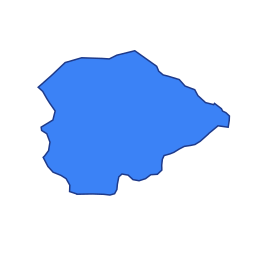 Namyangju-si, Gyeonggi, South Korea (Equal Earth projection), rotated 284°
{"feature_id": "91817680B38772026787440", "entity_name": "Namyangju-si", "entity_type": "district", "adm_level": 2, "iso_a3": "KOR", "parent_name": "South Korea", "parent_adm1": "Gyeonggi", "projection": "equal_earth", "projection_center": [127.227, 37.639], "detail": "fine", "context": "isolated", "style": "filled", "palette": "blue", "viewbox_px": 256, "rotation_deg": 284, "n_neighbors": 0, "source": "geoboundaries", "source_scale": "gbopen_adm2", "svg_char_len": 1049}
<svg xmlns="http://www.w3.org/2000/svg" viewBox="0 0 256 256"><g transform="rotate(284 128 128)"><path d="M79.0,52.8L71.3,59.6L67.0,66.0L65.8,74.4L63.9,80.2L58.4,85.4L52.2,86.7L51.6,94.4L51.4,94.5L55.4,109.4L57.8,120.5L58.6,126.7L61.0,130.9L65.7,132.1L70.8,131.3L78.4,130.9L81.9,133.3L82.3,139.5L79.1,145.3L79.5,151.5L83.1,157.3L88.2,161.4L90.2,167.7L95.3,171.0L98.0,170.3L98.6,170.1L100.1,169.7L106.0,168.9L110.0,169.7L113.1,175.1L115.5,178.4L120.2,183.0L123.8,187.1L126.2,192.9L128.2,197.0L132.5,201.2L137.3,204.5L141.6,207.4L142.4,207.8L146.3,210.7L151.9,214.8L153.0,225.0L159.8,224.4L164.2,223.5L166.5,219.4L167.3,215.7L169.3,214.0L172.8,206.0L171.4,205.5L171.4,197.1L176.3,188.0L181.3,183.5L182.5,173.2L187.4,166.0L188.0,153.8L188.0,149.3L190.5,144.1L194.8,140.9L204.6,115.9L196.0,99.6L190.5,93.1L189.2,86.0L184.9,66.0L176.3,51.2L160.2,40.9L145.8,31.0L142.9,36.4L136.8,42.2L133.1,46.1L126.9,53.2L117.6,53.2L107.8,43.5L104.7,44.8L102.8,50.6L95.4,55.7L86.8,56.4L80.6,53.8L79.0,52.8Z" fill="#3b82f6" stroke="#1e3a8a" stroke-width="1.5"/></g></svg>